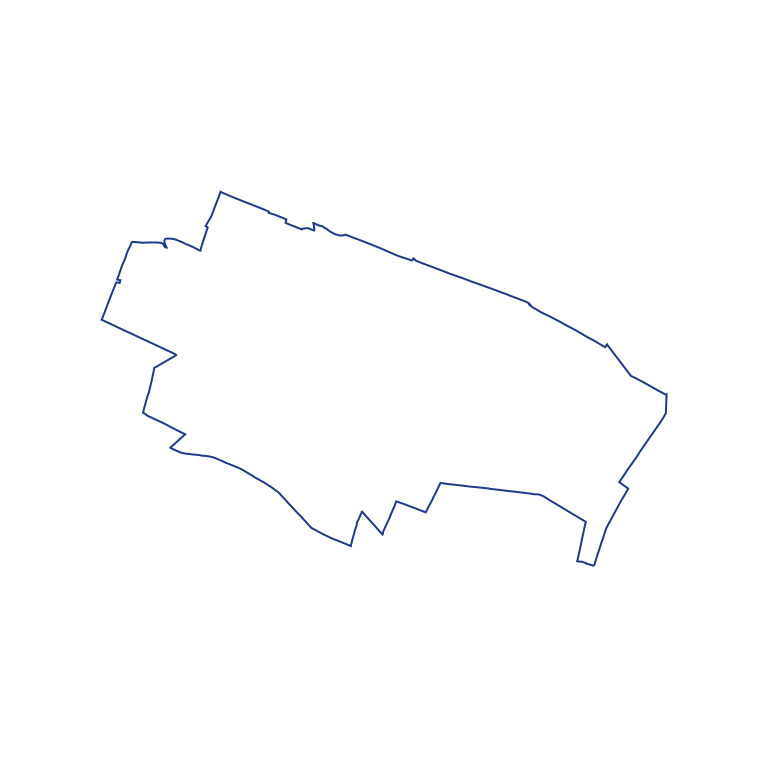 the district of Sabaoani, Neamt, Romania, rotated 317°
{"feature_id": "2599482B80747652293453", "entity_name": "Sabaoani", "entity_type": "district", "adm_level": 2, "iso_a3": "ROU", "parent_name": "Romania", "parent_adm1": "Neamt", "projection": "orthographic", "projection_center": [26.881, 47.007], "detail": "fine", "context": "isolated", "style": "outline", "palette": "blue", "viewbox_px": 768, "rotation_deg": 317, "n_neighbors": 0, "source": "geoboundaries", "source_scale": "gbopen_adm2", "svg_char_len": 6142}
<svg xmlns="http://www.w3.org/2000/svg" viewBox="0 0 768 768"><g transform="rotate(317 384 384)"><path d="M583.7,584.2L583.4,584.1L582.7,583.6L582.2,582.5L581.8,580.9L581.0,578.4L580.6,577.7L574.9,559.6L571.8,550.8L570.1,546.4L571.4,533.8L573.5,512.8L574.0,507.5L574.1,507.2L570.8,507.9L567.3,496.0L564.7,488.4L560.8,475.2L556.3,462.4L555.9,460.8L555.4,459.2L555.0,458.2L553.4,453.5L552.1,449.9L550.6,445.8L548.6,440.7L547.8,438.6L546.4,433.8L544.8,428.8L544.7,428.0L545.0,426.8L544.9,426.4L544.4,426.3L544.3,426.0L544.2,425.8L544.3,425.3L544.8,423.7L544.9,423.8L544.9,423.3L544.7,422.8L544.3,421.5L542.5,417.7L538.8,410.1L536.1,404.8L535.4,403.1L534.5,401.3L532.8,397.9L526.7,385.8L521.1,375.0L519.7,372.1L518.6,370.2L515.9,364.7L513.7,360.2L511.4,356.0L511.1,355.3L507.5,348.4L498.5,330.1L492.9,318.8L491.4,315.5L491.4,312.6L491.1,312.1L490.7,312.2L490.3,312.6L489.9,312.8L489.3,312.8L488.9,312.7L488.5,312.5L485.2,306.3L484.4,305.0L481.8,300.2L480.6,297.7L477.3,290.0L473.9,282.1L470.7,275.2L463.2,259.6L462.1,257.6L457.8,248.7L457.7,248.8L457.1,248.4L455.0,247.1L453.3,245.6L452.5,244.7L451.6,242.9L450.7,241.8L449.4,238.3L448.4,235.3L448.1,233.7L447.9,231.6L447.6,230.7L447.4,230.3L447.0,229.2L446.8,228.3L446.7,227.5L446.6,226.9L446.3,226.4L445.1,224.7L443.9,222.5L443.6,221.5L443.3,220.8L442.9,219.8L442.6,218.6L442.1,218.1L441.2,219.7L440.2,221.0L438.8,222.9L438.0,224.0L437.7,224.1L437.0,222.9L434.4,217.8L429.5,214.3L429.1,214.6L427.5,211.1L425.6,207.0L421.9,199.1L424.8,197.1L424.9,196.9L424.8,196.7L424.1,195.3L420.2,187.1L419.0,184.7L417.9,182.7L416.4,180.2L417.3,179.5L415.4,174.9L414.0,171.8L412.7,169.2L409.9,163.3L408.9,161.2L402.1,147.0L399.4,141.0L396.6,134.6L395.5,131.9L394.1,132.8L392.3,133.6L389.7,134.9L386.1,136.7L382.5,138.4L376.3,141.5L370.9,144.1L367.9,144.8L361.3,146.8L361.8,149.2L359.7,150.4L357.6,151.6L355.6,152.7L351.8,154.7L343.9,159.2L341.7,160.6L340.7,161.3L340.0,160.5L339.7,159.4L339.5,158.4L338.8,156.6L338.2,155.2L338.0,154.0L337.8,153.6L337.1,152.2L335.3,147.9L334.7,147.0L333.6,143.9L332.9,142.2L331.3,138.7L330.3,136.6L329.1,134.7L327.6,132.7L326.4,131.5L325.3,130.4L324.3,129.5L323.8,129.1L322.9,128.8L322.5,128.8L320.9,129.7L320.2,130.4L319.2,132.3L318.1,135.9L317.1,134.7L317.1,133.9L317.8,132.0L317.8,130.1L317.2,128.7L315.6,127.0L314.7,126.0L313.4,124.6L310.9,122.3L306.4,118.2L303.7,116.0L303.0,115.3L302.4,114.7L301.7,113.5L301.0,112.8L300.4,112.3L299.1,110.8L297.6,109.2L296.7,108.4L296.2,108.2L295.9,108.4L295.4,108.7L293.5,109.5L287.4,111.9L285.6,112.8L284.0,113.6L280.4,115.6L275.8,117.6L274.3,118.3L272.3,119.2L266.9,122.1L263.8,123.7L261.2,125.0L260.1,125.6L262.0,128.3L259.6,129.8L258.9,128.9L257.5,127.1L256.3,127.6L249.9,130.6L240.7,135.0L237.1,136.8L229.3,140.7L224.9,142.8L221.3,144.4L225.1,153.8L227.6,160.2L229.5,164.9L230.5,167.4L234.2,176.5L236.6,182.5L237.4,184.6L238.4,186.9L241.8,195.3L247.6,209.8L249.6,214.6L251.6,219.7L251.7,221.1L248.6,220.6L247.4,220.3L245.7,219.9L237.1,217.9L233.3,217.0L229.9,216.3L227.0,215.5L224.1,217.7L221.0,219.8L217.3,222.5L214.1,224.6L206.9,229.4L205.5,230.3L203.8,230.9L197.5,234.8L195.7,235.9L191.0,238.8L190.3,239.3L188.1,240.7L188.8,242.4L189.2,244.1L189.1,244.9L189.4,245.9L189.9,247.3L190.6,248.9L191.9,252.2L195.5,261.1L197.3,265.7L198.0,267.9L198.3,269.2L199.1,271.1L200.0,273.6L200.9,276.0L201.4,277.5L202.5,280.4L204.1,284.7L204.3,285.2L193.2,285.0L190.3,285.0L184.3,284.8L184.3,285.0L184.6,286.1L185.5,288.3L188.1,294.5L188.7,295.6L189.3,296.8L191.2,299.3L192.6,301.0L194.6,303.3L196.1,305.2L197.1,306.2L198.3,307.5L199.3,308.7L200.4,310.0L201.5,311.5L202.0,312.2L202.8,313.2L204.1,314.5L206.4,317.3L207.6,318.9L208.5,320.2L209.4,321.8L210.7,324.5L212.5,328.7L214.5,333.4L215.2,335.0L216.7,338.2L218.0,341.0L219.3,343.8L220.5,346.3L221.7,349.2L222.2,351.0L222.6,352.3L223.4,355.2L224.6,359.5L225.0,360.5L225.2,361.2L225.6,363.2L225.7,363.9L226.1,364.9L226.7,366.6L227.1,368.1L228.2,371.5L228.6,372.6L229.7,376.5L230.0,377.9L230.8,380.8L231.4,383.2L231.7,385.3L232.0,386.8L232.3,388.3L232.7,389.9L232.9,390.3L232.9,391.0L232.9,392.3L233.0,394.0L232.8,394.6L232.8,395.0L232.9,398.2L232.8,403.4L232.8,410.2L232.8,413.7L232.7,415.2L232.9,423.3L232.9,424.7L232.8,435.8L232.8,439.6L232.7,439.8L233.8,442.6L235.7,448.5L237.1,452.5L237.9,454.6L239.2,457.8L240.6,461.5L241.4,463.1L242.5,465.3L243.2,466.9L245.2,471.1L247.1,475.3L249.2,479.9L249.8,479.4L250.7,478.8L252.3,477.9L254.2,476.5L257.1,474.8L259.3,473.5L262.5,471.5L264.9,470.1L266.7,469.2L267.6,468.6L269.5,467.1L270.5,466.6L271.3,466.2L272.7,465.9L275.1,464.8L276.7,464.1L277.7,463.6L279.5,463.0L280.7,462.2L281.0,461.7L280.7,468.7L280.6,478.9L280.4,486.6L280.2,493.1L280.8,493.0L282.1,491.7L285.3,490.3L290.7,488.1L294.6,486.6L297.2,485.5L300.6,483.8L302.8,482.9L305.4,481.7L307.5,480.9L312.9,478.2L316.3,484.6L322.5,497.1L325.0,502.3L326.7,505.7L327.0,506.3L333.7,503.9L340.1,501.7L340.9,501.5L341.2,501.1L346.1,499.4L357.8,494.9L362.0,500.1L365.6,504.3L371.5,511.2L374.2,514.5L386.0,528.0L389.1,531.5L389.6,532.2L390.2,533.2L391.3,534.4L394.5,538.2L401.4,546.4L405.2,550.8L413.6,560.7L416.8,564.6L417.0,565.0L418.3,566.6L419.7,568.2L420.4,568.8L421.9,570.3L422.7,571.9L423.3,573.1L424.3,575.6L425.2,579.3L426.3,583.5L427.2,586.3L429.8,595.4L431.0,599.7L433.0,606.7L434.3,611.1L436.2,617.7L437.6,622.4L437.6,622.6L436.3,623.2L426.7,629.9L419.6,634.9L414.7,638.4L407.8,643.1L404.4,645.4L404.9,646.1L405.5,647.0L406.9,648.1L409.2,652.0L409.5,652.6L409.3,652.9L413.2,659.6L413.5,659.8L414.0,659.8L415.2,659.4L418.7,657.3L424.2,654.2L430.2,650.9L436.3,647.5L438.4,646.5L442.5,644.2L445.3,642.7L447.8,641.3L449.2,640.7L450.7,640.2L453.9,639.1L455.7,638.6L458.1,637.7L462.9,636.1L465.5,635.2L466.4,634.9L478.1,631.0L482.7,629.7L491.2,627.2L491.3,626.9L490.1,621.2L489.1,616.2L490.2,616.1L490.8,615.8L491.4,615.6L492.2,615.5L493.3,615.3L493.8,615.2L498.7,614.0L501.9,613.2L504.4,612.7L505.3,612.5L506.6,612.2L511.3,611.3L513.7,610.7L514.9,610.5L516.3,610.2L518.1,609.9L525.2,608.0L532.3,606.4L540.7,604.6L548.5,603.0L562.3,599.9L567.3,598.5L568.9,598.0L569.3,597.9L569.6,597.8L569.9,597.8L570.5,597.3L572.0,595.8L583.7,584.2Z" fill="none" stroke="#1e3a8a" stroke-width="2"/></g></svg>